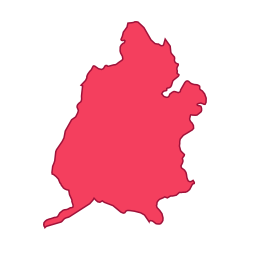 Évora, Mercator projection, rotated 95°
{"feature_id": "PRT-744", "entity_name": "Évora", "entity_type": "District", "adm_level": 1, "iso_a3": "PRT", "parent_name": "Portugal", "parent_adm1": "", "projection": "mercator", "projection_center": [-7.866, 38.601], "detail": "fine", "context": "isolated", "style": "filled", "palette": "rose", "viewbox_px": 256, "rotation_deg": 95, "n_neighbors": 0, "source": "natural_earth", "source_scale": "10m", "svg_char_len": 3780}
<svg xmlns="http://www.w3.org/2000/svg" viewBox="0 0 256 256"><g transform="rotate(95 128 128)"><path d="M219.4,98.9L213.2,104.0L212.9,104.7L211.8,107.0L211.3,108.3L210.3,114.4L210.1,118.4L210.1,120.2L210.3,121.7L211.0,122.8L211.9,123.3L212.8,123.9L213.2,125.3L212.4,127.8L206.6,136.2L204.1,145.1L202.8,147.2L204.4,149.5L204.2,151.6L202.9,153.5L200.9,155.7L202.8,156.6L206.7,159.5L221.4,178.5L222.0,179.5L222.9,181.8L223.5,182.9L224.4,183.9L226.8,185.7L227.5,186.5L233.1,200.8L234.5,202.1L233.8,202.4L233.0,203.1L231.6,203.5L229.6,203.4L227.9,202.2L226.7,200.9L225.5,198.4L225.1,197.1L223.5,193.5L223.3,192.2L222.9,191.1L222.1,190.2L218.5,188.5L215.7,185.6L215.1,184.4L214.8,183.1L214.5,181.8L213.9,180.6L213.2,179.6L212.7,178.8L212.4,178.2L212.3,177.4L212.1,176.8L211.7,176.1L210.7,175.9L209.6,176.0L206.1,177.5L205.2,177.5L204.0,177.9L199.6,180.4L195.2,181.6L194.9,182.8L194.8,183.9L194.2,185.6L193.3,187.2L191.8,188.3L191.3,189.1L189.1,190.3L188.8,190.9L184.9,192.9L182.6,195.4L180.7,198.3L180.5,199.5L179.0,199.9L172.7,199.7L169.6,198.7L167.0,198.1L157.9,197.9L155.9,197.3L147.0,192.3L143.4,190.9L136.4,190.2L124.7,184.9L121.5,181.1L117.5,179.5L116.3,179.2L114.7,179.0L111.6,180.6L110.5,180.6L109.2,180.2L107.8,179.2L106.1,177.4L105.4,177.0L103.4,176.7L100.3,177.1L90.0,176.9L89.5,178.5L84.3,174.4L81.7,173.4L80.4,173.5L79.1,173.2L77.9,172.8L75.0,171.1L73.1,169.6L70.1,168.4L69.2,167.9L69.2,166.6L71.5,162.6L72.0,159.5L71.3,158.1L70.3,157.3L68.3,156.4L67.6,155.4L67.6,154.4L68.2,153.9L68.2,152.8L66.4,147.9L66.2,146.9L66.1,146.4L66.1,146.2L65.4,145.0L63.6,143.1L60.9,139.8L59.7,139.2L57.1,139.8L53.9,141.9L51.9,142.6L47.9,142.8L46.2,142.1L45.0,141.2L44.2,140.4L43.7,139.4L42.7,138.8L41.4,138.6L40.9,139.3L41.2,140.2L41.4,141.3L41.2,142.2L40.4,142.7L37.0,141.6L32.9,141.0L27.6,137.8L23.5,137.2L22.7,133.0L22.3,131.6L21.6,130.4L21.5,128.7L21.6,127.3L26.6,120.9L38.2,112.8L40.4,110.0L41.6,108.4L41.8,106.2L41.7,105.0L43.2,102.2L42.8,100.4L42.0,99.8L36.2,98.7L42.8,93.1L49.0,91.9L50.4,90.9L53.3,87.9L54.7,87.6L56.3,87.7L57.4,87.4L58.1,87.0L58.8,86.3L59.4,85.4L59.7,84.4L60.0,83.5L60.9,83.4L63.3,84.4L65.1,84.5L66.7,83.9L68.1,83.8L68.9,84.0L69.6,83.6L69.9,82.8L70.5,81.9L71.4,82.0L72.4,82.7L76.1,86.6L77.3,87.5L81.7,88.4L83.1,89.0L84.0,89.9L84.5,91.0L84.7,92.0L85.2,92.8L86.0,92.9L86.7,92.6L87.4,93.1L88.1,95.3L88.7,96.2L91.0,97.4L93.4,95.1L94.1,92.6L93.9,91.1L93.0,90.1L91.8,89.6L90.7,89.4L88.5,87.0L87.6,85.4L87.7,84.1L88.4,81.0L87.7,79.7L87.2,79.1L85.5,78.9L78.3,75.6L77.3,75.0L76.2,74.0L75.9,72.6L76.4,71.4L77.2,70.5L78.0,69.3L78.5,67.8L78.9,65.9L78.9,63.0L79.4,61.4L80.1,60.3L80.8,60.1L82.6,60.0L83.5,59.3L84.7,57.1L87.4,54.6L89.7,53.6L90.7,53.0L91.8,52.7L95.6,52.5L97.7,53.3L97.8,54.3L97.4,55.4L96.8,57.7L97.5,60.1L98.4,61.2L99.2,60.9L99.6,59.9L99.6,58.7L99.8,57.8L100.0,57.4L100.1,57.2L101.8,56.5L103.9,56.2L105.2,56.5L105.8,56.9L106.0,57.1L109.1,60.4L109.4,62.0L109.5,64.6L109.4,66.6L109.9,66.9L113.3,67.4L114.5,67.2L115.6,66.5L116.6,65.7L117.4,64.7L119.7,63.1L122.6,62.6L124.3,63.8L130.5,72.3L134.4,75.0L135.9,75.2L137.4,75.3L138.6,75.1L141.5,75.2L146.0,73.6L147.3,72.2L149.5,69.5L150.7,69.6L152.8,70.9L153.9,71.2L155.3,70.5L156.6,70.4L158.0,70.7L161.1,71.9L162.2,71.6L162.9,71.3L163.5,70.6L164.2,69.4L165.1,68.0L167.2,66.4L169.2,65.7L172.0,65.1L174.1,64.2L175.5,63.3L176.0,62.1L176.0,60.9L175.5,59.9L174.5,58.6L176.4,57.2L177.1,57.2L177.5,57.2L178.3,58.9L183.9,61.2L186.1,63.4L186.9,65.1L187.3,68.2L187.6,69.3L187.7,71.2L190.7,74.0L191.8,77.5L192.1,79.8L194.2,82.7L193.4,85.4L194.4,86.8L196.2,90.2L197.4,91.4L199.5,92.6L202.0,92.6L202.6,92.9L204.7,92.2L207.4,89.2L210.4,86.7L214.5,85.3L217.1,85.2L218.7,85.9L220.4,87.1L220.9,88.3L221.0,90.7L220.8,91.9L218.7,95.1L218.4,96.0L218.3,97.7L219.3,98.9L219.4,98.9Z" fill="#f43f5e" stroke="#9f1239" stroke-width="1.5"/></g></svg>